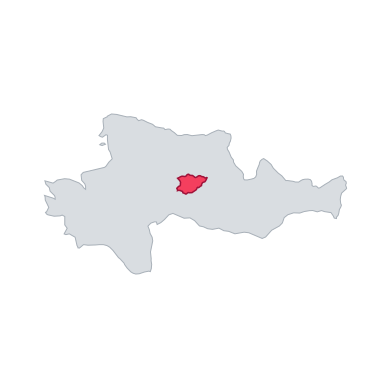 Jangjin, Hamgyŏng-namdo, North Korea shown in context, rotated 50°
{"feature_id": "82179303B63049631124183", "entity_name": "Jangjin", "entity_type": "district", "adm_level": 2, "iso_a3": "PRK", "parent_name": "North Korea", "parent_adm1": "Hamgyŏng-namdo", "projection": "albers", "projection_center": [127.23, 40.497], "detail": "fine", "context": "in_parent", "style": "filled", "palette": "rose", "viewbox_px": 384, "rotation_deg": 50, "n_neighbors": 0, "source": "geoboundaries", "source_scale": "gbopen_adm2", "svg_char_len": 4902}
<svg xmlns="http://www.w3.org/2000/svg" viewBox="0 0 384 384"><g transform="rotate(50 192 192)"><path d="M226.2,275.1L224.9,275.9L222.7,279.9L220.7,285.0L218.7,287.8L216.4,289.3L213.9,290.2L208.9,290.6L204.4,290.3L203.0,289.8L196.8,290.1L195.0,290.5L186.1,290.1L181.5,290.5L178.5,291.5L175.5,293.6L172.9,296.6L170.6,299.9L165.9,305.9L162.6,308.9L162.6,313.1L162.5,314.4L161.4,315.3L161.0,314.9L159.1,314.5L151.5,310.6L145.2,312.9L143.6,316.0L141.9,316.9L139.5,310.9L135.4,310.6L129.0,305.2L126.2,306.3L125.5,308.4L121.9,313.2L116.8,317.1L115.2,317.6L113.4,317.3L113.7,316.2L111.7,311.6L103.9,309.6L101.2,307.6L99.8,307.2L107.5,302.3L109.6,301.5L108.1,300.3L106.5,299.6L100.2,300.2L96.9,298.5L92.1,298.9L88.9,297.5L95.9,292.7L96.2,289.8L96.2,287.6L99.9,281.1L103.4,277.6L112.5,272.7L116.5,272.0L119.3,272.3L121.6,271.8L119.2,269.8L116.9,268.9L112.2,269.0L107.5,265.9L107.1,262.7L116.9,243.2L117.0,241.4L115.7,236.5L115.3,231.8L108.7,229.0L105.8,228.6L97.5,223.1L94.2,220.3L92.8,221.1L92.5,225.3L91.2,226.2L89.0,227.0L88.0,222.1L86.3,218.5L80.8,214.8L78.8,212.8L79.9,208.6L79.5,208.2L80.5,203.5L84.1,199.9L92.6,193.6L94.9,190.6L99.2,187.1L101.1,187.3L103.1,187.0L103.7,185.4L104.2,184.2L105.9,183.1L110.1,181.3L114.8,178.7L118.5,178.1L123.1,174.3L124.9,172.6L126.8,172.6L127.3,171.8L128.4,169.8L129.8,168.5L131.8,168.3L135.1,167.4L139.2,166.8L142.1,163.6L143.0,161.2L144.9,158.7L148.8,155.9L151.6,151.7L154.6,147.2L156.0,145.8L157.4,145.5L158.2,143.8L159.2,139.0L160.6,134.3L161.4,132.1L164.8,129.7L165.7,128.5L166.5,128.2L168.1,128.5L170.2,127.1L172.2,125.5L174.0,126.1L175.8,127.4L177.8,130.0L178.6,132.0L180.1,133.8L180.4,136.3L182.0,137.4L185.2,137.9L190.5,139.6L194.0,139.7L195.9,141.0L200.0,141.7L208.2,140.6L211.6,141.2L213.0,142.7L215.1,144.0L216.5,144.0L218.3,141.9L220.2,138.4L221.4,135.7L221.4,133.6L220.2,131.3L217.5,129.2L215.7,125.9L214.0,122.6L213.0,121.5L212.1,119.8L212.0,117.3L212.5,115.6L216.6,114.4L221.8,113.7L226.0,114.4L233.0,113.8L237.3,112.8L240.5,112.8L243.5,112.8L244.8,111.3L248.8,107.7L250.8,106.4L252.9,104.0L253.2,101.5L253.6,99.5L254.7,97.4L256.8,94.7L258.6,93.4L260.6,93.5L262.8,94.7L264.2,95.9L265.7,95.5L267.0,93.3L267.8,92.9L270.2,92.7L271.0,91.4L271.7,85.2L272.5,80.4L272.6,77.0L274.6,71.4L275.2,68.0L276.5,66.4L278.0,66.5L279.2,67.4L280.8,67.9L282.9,67.3L284.4,68.1L285.4,69.9L288.5,71.1L288.8,72.0L289.0,78.0L290.8,80.8L293.1,83.3L296.4,85.5L298.1,86.0L299.1,87.6L300.2,90.4L302.5,93.1L303.8,95.1L304.1,97.3L305.2,98.4L303.4,99.8L301.0,99.1L297.1,98.8L292.2,103.1L289.5,104.7L287.7,108.8L283.8,111.4L281.8,114.0L279.1,118.6L277.4,123.0L273.3,127.5L271.0,133.2L270.9,137.9L273.8,142.7L274.2,146.9L272.5,155.5L273.8,164.5L272.7,168.1L259.7,174.7L256.3,177.9L251.6,186.0L245.7,189.2L242.1,192.5L237.0,194.6L233.8,200.3L230.2,203.6L226.0,205.6L222.8,208.1L215.6,208.4L210.5,210.2L207.0,214.9L196.1,220.4L194.6,224.5L195.4,230.8L195.4,235.6L194.5,239.6L192.1,238.5L190.8,239.8L189.4,243.5L189.8,247.7L193.6,249.0L196.7,250.7L201.0,251.6L204.2,253.5L211.2,262.3L216.8,266.1L218.3,267.5L221.5,269.4L224.5,272.4L226.2,275.1ZM98.6,231.0L96.5,232.3L96.5,229.8L98.1,227.8L99.8,227.6L98.6,231.0Z" fill="#d9dde1" stroke="#a8b0b8" stroke-width="1"/><path d="M190.5,170.8L190.5,171.1L190.4,171.4L190.4,171.7L190.0,172.4L189.9,172.6L189.7,172.9L189.2,173.1L188.1,173.3L187.6,173.6L187.4,173.7L187.1,173.9L186.8,174.4L186.5,174.6L185.1,175.1L184.8,175.3L184.6,175.5L184.4,175.7L184.2,175.9L184.0,176.2L183.8,176.7L183.7,177.2L183.7,177.9L183.6,178.5L183.4,179.5L183.3,179.8L182.9,180.2L182.6,180.4L182.3,180.5L182.0,180.4L181.7,180.5L179.9,180.9L179.7,181.0L179.4,181.2L179.0,181.7L178.6,182.1L177.9,182.7L177.6,182.9L177.4,183.0L176.5,183.1L176.3,183.1L176.1,183.4L175.9,183.6L175.7,184.1L175.6,184.7L175.9,186.3L175.9,186.6L175.8,186.9L175.7,187.2L175.6,187.5L175.1,187.9L174.9,188.1L174.0,188.9L173.6,189.4L173.3,189.8L173.1,190.5L172.9,191.0L172.8,191.6L172.7,192.4L172.2,194.2L172.9,194.2L173.7,194.1L175.1,194.1L176.0,194.2L176.3,194.2L177.1,194.5L177.3,194.6L177.8,195.1L178.1,195.5L178.6,196.0L179.1,196.3L179.3,196.6L179.5,197.1L179.5,197.3L179.5,197.6L179.4,197.8L179.2,198.4L179.1,198.6L179.2,199.8L179.3,200.3L179.3,200.9L179.4,201.2L179.6,201.4L179.8,201.5L180.5,201.5L181.2,201.8L181.4,202.0L181.6,202.2L181.7,201.8L182.0,201.4L182.5,200.9L183.1,200.2L183.7,199.8L184.3,199.7L184.9,199.2L185.6,198.9L186.1,199.2L186.8,199.5L187.2,199.2L188.1,198.8L188.7,198.4L189.7,198.0L189.8,197.5L189.9,197.0L189.8,196.5L189.9,195.5L190.4,194.9L190.9,194.5L191.4,193.8L191.9,193.2L192.5,192.4L192.5,192.2L192.5,191.7L192.6,191.2L192.7,190.5L192.8,189.2L193.0,187.9L192.9,187.2L192.6,186.3L192.2,185.6L192.0,184.8L192.3,184.6L192.9,184.1L192.9,183.7L193.0,182.7L192.9,181.9L193.1,181.3L193.2,180.6L192.5,180.0L192.1,179.2L191.7,178.4L191.7,177.6L191.9,176.8L192.4,175.7L192.2,174.6L191.8,173.5L191.1,172.0L190.5,170.8Z" fill="#f43f5e" stroke="#9f1239" stroke-width="1.5"/></g></svg>